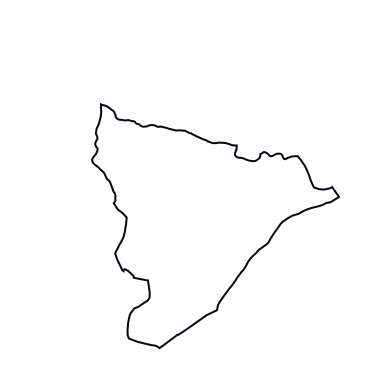 Bonneterre, Gros Islet, Saint Lucia, rotated 241°
{"feature_id": "8701671B46527115488152", "entity_name": "Bonneterre", "entity_type": "district", "adm_level": 2, "iso_a3": "LCA", "parent_name": "Saint Lucia", "parent_adm1": "Gros Islet", "projection": "mercator", "projection_center": [-60.94, 14.069], "detail": "fine", "context": "isolated", "style": "outline", "palette": "ink", "viewbox_px": 384, "rotation_deg": 241, "n_neighbors": 0, "source": "geoboundaries", "source_scale": "gbopen_adm2", "svg_char_len": 5253}
<svg xmlns="http://www.w3.org/2000/svg" viewBox="0 0 384 384"><g transform="rotate(241 192 192)"><path d="M156.0,93.8L156.4,94.1L157.1,95.0L157.1,95.8L154.3,97.7L153.6,98.0L149.9,99.2L147.7,99.9L146.4,100.1L145.2,99.5L137.1,109.1L136.0,110.6L124.8,106.4L120.2,103.7L118.6,100.8L118.1,94.6L117.6,89.6L118.1,85.0L115.8,79.7L113.9,77.3L108.5,72.7L102.5,68.7L97.9,66.3L94.5,65.8L87.5,71.6L82.8,76.7L78.4,81.5L75.3,85.5L73.2,87.1L71.4,87.7L71.2,87.8L71.7,92.3L72.6,98.8L72.8,100.6L74.2,110.2L73.6,111.0L73.8,112.0L74.0,115.2L75.0,125.7L76.2,136.0L75.4,129.2L77.1,144.7L77.1,145.9L76.8,151.4L76.5,156.5L77.7,157.6L79.1,158.7L80.4,159.8L81.2,161.1L82.1,162.5L82.7,163.6L83.6,165.4L84.1,166.5L85.6,169.5L86.2,170.8L86.6,171.7L87.7,174.0L89.7,178.6L90.7,181.2L91.4,182.8L91.9,183.7L92.5,185.0L93.8,187.8L94.3,188.5L95.9,191.6L96.2,192.2L97.8,195.9L98.1,196.4L98.3,197.0L98.6,198.3L98.9,199.2L101.2,203.5L102.0,204.5L102.7,205.6L103.8,207.3L105.6,211.1L106.2,213.2L107.5,218.3L108.4,220.7L108.5,221.0L108.8,221.8L109.0,222.4L109.8,229.8L110.2,232.7L110.4,233.3L111.1,234.9L113.1,238.1L115.1,241.7L117.0,245.3L119.0,249.8L119.6,250.9L120.7,253.1L121.5,255.0L121.7,255.5L121.9,256.5L122.1,257.8L122.2,258.9L122.4,260.4L122.6,264.4L122.6,265.5L122.7,266.1L122.6,267.8L122.6,269.0L122.4,269.6L121.9,271.5L121.4,274.3L121.3,274.8L121.3,276.3L121.3,278.1L121.3,280.4L121.2,282.2L120.6,286.0L120.0,289.2L118.2,295.8L117.8,297.3L117.3,300.9L117.3,304.4L116.7,305.6L116.4,306.3L116.2,307.2L116.2,307.6L116.1,307.9L115.9,308.9L115.9,309.4L116.2,314.7L116.3,316.5L116.4,318.2L128.2,317.0L128.1,316.8L128.1,316.5L128.3,315.3L128.4,314.6L128.5,313.9L128.6,313.7L129.1,311.9L129.6,310.4L130.0,309.2L130.3,308.3L130.5,308.0L131.3,306.8L132.8,304.7L133.4,304.0L134.7,302.9L135.2,302.5L135.9,301.9L136.0,301.6L136.5,301.0L138.9,300.9L141.7,301.2L144.2,301.4L146.8,301.9L151.3,302.7L155.6,303.1L160.3,303.4L162.9,303.1L167.3,302.7L170.3,302.1L172.0,301.9L172.4,301.1L172.7,300.7L173.6,299.1L173.7,298.5L174.7,296.4L174.9,295.9L174.8,295.2L174.9,294.8L175.0,294.3L175.1,294.0L175.1,293.6L175.2,293.0L175.4,292.6L175.4,291.2L175.4,290.0L175.4,289.7L175.8,289.1L176.3,288.6L176.5,288.5L177.1,288.4L179.3,288.5L180.0,288.6L180.6,288.6L181.6,288.6L182.4,287.9L182.7,287.8L183.0,287.3L183.3,286.8L184.0,285.3L184.3,284.9L184.4,284.3L184.4,283.5L184.5,281.5L184.5,280.4L184.7,279.1L184.8,278.8L185.4,277.8L185.8,277.6L187.0,277.2L188.1,277.0L189.2,276.6L190.3,276.0L190.8,275.5L191.5,275.0L191.8,274.6L192.0,274.3L192.1,273.6L192.2,273.3L191.9,272.6L191.9,272.2L192.0,271.2L192.1,270.3L190.6,269.3L189.1,267.7L188.5,265.2L188.4,262.6L189.1,260.8L191.5,257.4L194.5,254.7L196.9,252.9L198.3,251.2L199.3,249.4L201.4,247.8L203.7,247.6L205.1,248.4L206.4,249.9L207.4,251.4L209.1,252.4L210.3,253.4L211.0,253.7L211.5,252.8L211.9,252.1L212.6,250.9L213.3,250.1L214.0,249.3L214.6,248.8L214.9,248.7L215.6,247.9L217.4,246.3L218.2,245.5L218.7,244.8L219.1,244.3L219.5,243.8L219.7,243.4L220.3,242.5L221.3,240.7L222.3,239.2L222.6,238.3L222.9,237.0L223.4,236.1L224.0,235.1L224.3,234.4L225.4,233.1L226.4,232.4L227.1,231.7L228.0,230.9L228.3,230.6L229.4,230.1L230.7,229.1L231.5,228.5L232.4,227.6L233.1,227.0L234.7,225.8L236.1,224.8L238.5,223.0L239.9,222.0L241.2,221.2L242.1,220.5L242.9,220.0L243.7,219.8L244.0,219.4L244.2,219.0L244.7,218.5L245.4,217.9L246.1,217.5L246.8,217.1L247.7,216.4L249.0,215.5L249.3,215.4L249.5,215.1L249.6,214.7L250.1,213.7L251.0,212.5L251.8,211.3L252.0,211.1L252.6,209.7L253.7,207.6L254.5,206.8L255.5,205.6L258.5,202.6L259.5,201.6L260.0,201.1L261.3,199.8L264.2,196.7L264.3,196.4L264.6,195.8L265.1,194.8L265.3,194.4L265.6,193.6L266.0,193.2L266.8,192.8L267.5,192.2L268.2,191.8L268.6,191.4L269.2,190.5L269.7,189.9L270.1,189.5L270.1,189.3L270.4,188.6L270.7,187.7L270.9,186.9L271.0,186.4L271.1,185.1L271.4,184.1L271.6,183.6L271.9,182.8L272.4,181.8L272.5,181.4L273.1,180.5L273.3,180.3L275.1,179.1L276.8,178.6L278.0,177.2L279.0,176.4L279.8,176.1L280.9,176.2L282.2,175.2L283.3,173.6L284.9,172.1L286.0,170.8L286.4,169.6L287.3,167.8L287.9,166.9L288.8,166.1L290.1,163.9L291.4,162.7L292.8,161.9L294.2,161.6L295.4,162.0L296.2,162.5L298.5,162.5L299.5,162.8L300.7,162.6L304.2,161.0L307.1,159.7L309.5,158.1L311.7,155.7L312.8,154.9L310.9,153.8L309.5,153.1L308.0,152.4L305.9,151.3L304.2,150.2L301.4,148.1L298.8,145.4L296.7,143.5L295.4,141.7L293.5,139.2L291.5,137.6L289.6,136.2L286.7,136.1L285.2,135.5L283.9,134.5L283.3,133.3L281.9,131.4L280.2,130.3L277.7,130.1L275.7,130.6L273.6,128.9L272.2,127.1L271.3,125.2L270.7,123.5L269.4,121.0L269.1,120.6L267.8,119.9L265.6,119.5L262.5,120.5L259.2,122.0L255.5,123.0L252.1,124.3L249.3,124.3L246.6,124.0L244.1,124.0L243.0,124.6L241.1,125.2L239.1,124.9L236.7,124.6L232.6,124.0L230.5,123.5L229.2,123.8L227.7,123.8L226.1,123.4L224.5,122.4L222.7,121.3L221.6,121.1L220.0,118.1L219.9,118.0L219.6,118.1L218.5,118.4L217.1,118.4L216.2,118.4L214.2,118.5L212.3,118.7L210.3,119.7L207.8,120.8L206.1,121.4L201.4,122.5L201.2,122.4L199.7,121.4L197.5,119.9L196.1,118.9L195.2,118.3L193.8,117.2L192.5,116.0L191.2,115.2L190.1,114.2L188.9,113.2L187.4,111.7L186.0,110.5L184.6,108.6L183.6,107.3L182.2,104.9L181.3,103.4L179.7,101.0L178.4,99.1L176.7,96.5L175.2,94.8L173.2,94.6L169.4,93.9L164.6,93.6L161.3,93.4L157.2,93.2L156.0,93.8Z" fill="none" stroke="#020617" stroke-width="2"/></g></svg>